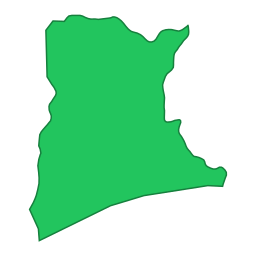 San Jose, Choluteca, Honduras
{"feature_id": "27666195B7253406385718", "entity_name": "San Jose", "entity_type": "district", "adm_level": 2, "iso_a3": "HND", "parent_name": "Honduras", "parent_adm1": "Choluteca", "projection": "equal_earth", "projection_center": [-87.408, 13.714], "detail": "fine", "context": "isolated", "style": "filled", "palette": "green", "viewbox_px": 256, "rotation_deg": 0, "n_neighbors": 0, "source": "geoboundaries", "source_scale": "gbopen_adm2", "svg_char_len": 2417}
<svg xmlns="http://www.w3.org/2000/svg" viewBox="0 0 256 256"><path d="M222.6,186.3L223.1,184.2L223.8,182.2L224.5,180.2L225.1,178.4L226.4,175.1L226.3,172.3L224.8,169.9L222.7,167.9L221.3,167.2L219.4,167.2L217.8,168.1L216.6,168.7L215.3,169.0L213.2,169.0L210.7,168.2L207.9,166.9L206.2,165.7L205.2,163.9L204.7,161.8L203.7,159.9L201.5,158.6L199.0,157.5L196.5,156.8L194.0,156.4L192.9,155.5L191.5,153.8L189.8,151.4L188.8,150.4L187.2,148.4L186.1,146.3L185.2,143.8L184.0,141.0L182.8,138.8L181.3,136.3L180.1,134.8L179.3,133.5L178.7,131.8L178.6,129.5L179.1,127.1L179.9,124.7L180.7,122.6L180.6,120.8L179.7,119.8L178.5,119.8L176.8,120.1L174.8,120.4L173.1,121.1L170.9,121.8L168.9,122.0L167.0,122.1L165.9,121.7L165.1,121.0L164.5,120.1L164.3,118.0L164.4,114.4L164.5,110.6L164.1,107.7L164.1,105.0L164.3,101.3L164.5,98.1L164.5,97.6L164.1,94.8L163.2,90.4L162.8,87.6L162.6,84.9L163.3,82.2L164.4,79.2L165.4,76.4L167.1,73.7L169.3,71.9L171.5,70.0L173.3,67.4L173.5,65.0L173.5,62.5L173.6,59.9L173.8,56.7L174.1,54.6L174.8,52.7L175.9,51.2L177.0,49.9L177.5,49.2L178.4,47.6L179.7,45.8L181.4,43.8L182.9,41.6L183.6,40.6L184.8,39.4L186.5,37.7L187.7,36.1L188.5,34.3L188.7,32.4L188.7,31.0L188.5,28.9L188.3,26.9L188.0,25.4L187.9,25.4L186.9,26.5L185.7,27.3L184.1,28.5L182.4,29.7L180.6,30.5L178.9,31.1L177.1,30.8L174.7,30.3L171.7,29.6L168.8,29.5L165.8,29.8L163.5,30.5L163.0,30.6L161.2,31.6L159.6,33.3L158.1,35.7L156.1,39.1L154.1,41.1L151.6,42.0L149.3,41.9L147.4,41.0L145.2,39.0L143.0,36.7L141.3,35.3L140.3,34.6L137.2,33.1L134.2,32.3L131.5,31.5L129.7,30.3L128.1,28.9L126.0,26.5L125.9,26.4L123.6,23.4L121.3,20.9L119.1,19.1L116.9,17.7L114.7,17.0L112.9,16.9L110.8,17.8L109.1,18.1L98.4,19.4L95.0,19.0L91.0,19.1L88.3,18.6L85.4,17.5L82.6,16.1L80.7,15.6L80.0,15.4L76.1,15.4L72.0,15.4L68.9,16.0L67.0,17.8L64.3,21.4L53.0,21.0L45.9,30.3L46.9,68.6L47.1,76.8L51.7,84.2L54.1,87.5L56.0,91.3L56.2,93.4L55.8,94.8L55.3,95.9L54.0,97.8L52.9,99.5L51.7,101.5L49.6,104.2L49.0,106.5L49.2,110.0L49.8,111.9L50.6,113.7L51.3,115.9L51.2,118.5L50.5,120.9L48.7,123.0L47.3,124.8L45.5,126.8L43.7,128.9L43.4,129.2L41.3,131.8L39.8,134.7L39.4,138.5L39.0,142.8L38.8,145.4L38.8,145.9L40.1,148.9L40.9,153.1L40.2,154.8L39.7,156.5L38.8,159.5L37.9,165.7L38.7,172.5L39.1,177.9L39.0,183.5L37.8,189.5L36.3,195.4L35.1,198.6L33.4,202.5L29.6,209.4L38.4,228.8L39.3,240.6L110.5,205.7L128.8,200.2L141.3,196.4L143.9,195.6L207.8,185.6L222.6,186.3Z" fill="#22c55e" stroke="#15803d" stroke-width="1.5"/></svg>